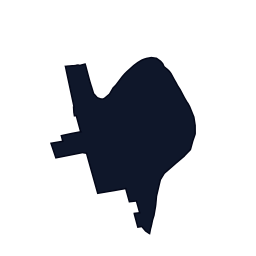 Grindu, Tulcea, Romania, rotated 43°
{"feature_id": "2599482B48217588549451", "entity_name": "Grindu", "entity_type": "district", "adm_level": 2, "iso_a3": "ROU", "parent_name": "Romania", "parent_adm1": "Tulcea", "projection": "robinson", "projection_center": [28.213, 45.412], "detail": "fine", "context": "isolated", "style": "filled", "palette": "ink", "viewbox_px": 256, "rotation_deg": 43, "n_neighbors": 0, "source": "geoboundaries", "source_scale": "gbopen_adm2", "svg_char_len": 2166}
<svg xmlns="http://www.w3.org/2000/svg" viewBox="0 0 256 256"><g transform="rotate(43 128 128)"><path d="M109.4,57.3L106.5,57.0L106.2,57.0L101.3,57.6L97.0,60.6L95.0,63.3L94.3,64.2L92.9,66.6L91.8,68.9L90.5,73.5L89.6,78.5L89.1,84.3L88.8,87.8L88.7,90.5L88.8,94.2L89.9,104.6L89.9,105.8L89.8,108.9L89.9,109.3L90.3,110.9L90.3,111.0L90.5,111.8L90.6,112.3L91.1,114.4L91.4,115.9L90.8,120.8L90.7,121.4L90.7,121.8L90.1,123.8L88.2,125.4L84.9,126.8L83.6,126.7L80.7,126.4L80.0,126.4L79.8,126.4L79.5,126.4L78.0,125.5L77.7,125.4L76.9,124.9L72.9,122.6L72.7,122.5L72.5,122.4L72.4,122.4L71.8,122.0L70.2,121.1L69.9,120.9L69.2,120.5L69.0,120.4L67.0,119.2L54.6,111.4L53.0,110.5L51.6,112.7L50.0,115.3L49.9,115.3L49.7,115.3L49.4,115.5L49.1,115.7L48.8,115.8L48.6,116.0L48.4,116.2L48.3,116.3L48.0,116.6L47.9,116.7L47.8,116.9L47.6,117.2L47.4,117.4L47.1,118.0L46.9,118.3L46.7,118.5L46.4,118.8L46.1,119.2L45.9,119.4L45.7,119.6L44.9,120.4L44.3,121.0L43.7,121.7L43.1,122.4L42.5,123.0L41.9,123.7L41.3,124.3L40.8,125.0L40.2,125.6L40.4,125.7L43.9,128.2L73.9,149.2L74.1,149.5L73.9,149.8L77.8,153.5L80.5,155.6L81.7,154.2L91.4,160.2L95.9,163.0L96.0,163.0L90.7,170.2L85.6,177.5L84.5,179.1L85.8,179.9L89.4,182.2L87.2,185.0L82.1,191.7L84.7,193.1L85.1,193.3L95.6,199.0L98.0,195.7L107.1,183.1L111.5,177.0L113.2,175.9L114.9,174.7L116.8,175.9L126.1,181.6L135.3,187.2L150.4,196.4L162.4,180.7L167.6,173.8L179.3,181.0L183.9,175.6L194.4,182.0L190.8,186.2L190.9,186.3L191.6,186.8L197.7,190.6L202.8,193.8L205.3,190.6L211.1,191.3L214.2,190.8L215.5,190.6L215.8,190.5L213.4,186.7L213.1,186.2L212.4,184.8L211.4,183.1L211.2,182.7L208.7,178.6L207.4,175.9L207.2,175.5L207.0,175.1L206.7,174.4L201.6,166.6L200.3,164.8L195.3,158.4L189.8,148.8L189.6,148.5L186.9,143.7L185.4,136.4L186.8,123.2L186.8,122.9L186.9,122.4L186.9,121.8L188.3,110.2L188.2,109.7L188.3,104.6L188.4,101.8L188.2,100.9L184.2,93.3L181.4,87.0L180.7,86.0L180.5,85.8L175.3,80.3L168.7,75.1L158.6,70.4L155.4,69.3L154.6,69.1L153.8,69.0L151.1,68.2L148.5,67.4L139.9,64.4L135.2,63.2L132.4,62.2L129.8,61.4L128.8,61.1L122.3,58.9L119.7,58.4L116.9,58.3L116.0,58.4L112.6,58.6L111.5,58.2L110.4,57.7L109.4,57.3Z" fill="#0f172a" stroke="#020617" stroke-width="1.5"/></g></svg>